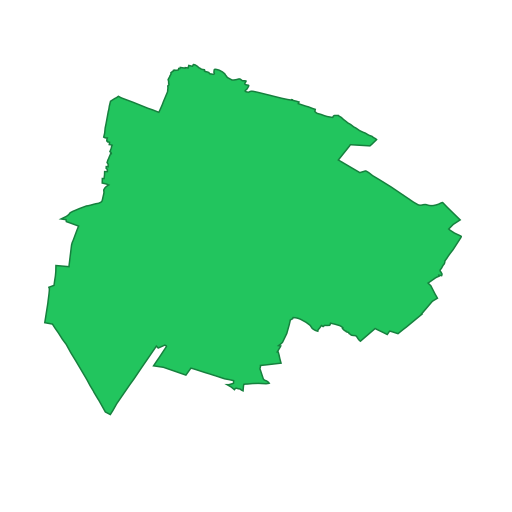 Chau Thanh, Sóc Trăng, Vietnam (Equal Earth projection), rotated 279°
{"feature_id": "81297802B53741861263416", "entity_name": "Chau Thanh", "entity_type": "district", "adm_level": 2, "iso_a3": "VNM", "parent_name": "Vietnam", "parent_adm1": "Sóc Trăng", "projection": "equal_earth", "projection_center": [105.914, 9.671], "detail": "fine", "context": "isolated", "style": "filled", "palette": "green", "viewbox_px": 512, "rotation_deg": 279, "n_neighbors": 0, "source": "geoboundaries", "source_scale": "gbopen_adm2", "svg_char_len": 6054}
<svg xmlns="http://www.w3.org/2000/svg" viewBox="0 0 512 512"><g transform="rotate(279 256 256)"><path d="M433.7,159.8L431.1,159.5L431.0,156.6L430.4,156.5L430.4,151.7L429.3,151.6L429.1,150.3L428.3,150.3L427.6,150.1L427.2,149.2L426.8,147.6L426.6,146.7L426.9,146.6L426.5,145.4L426.2,145.3L425.7,145.4L425.3,145.0L425.0,144.4L424.5,144.1L423.8,143.3L423.5,143.3L423.1,143.5L422.0,143.5L420.7,142.9L419.2,142.6L418.3,142.2L416.5,141.6L414.7,142.4L412.8,142.7L412.4,143.0L411.8,143.2L411.3,143.1L410.8,142.8L410.6,142.4L410.0,142.4L409.4,142.4L408.6,142.7L407.2,142.8L405.8,142.8L405.6,143.0L404.1,142.9L393.9,140.4L390.9,139.8L384.8,138.2L382.7,137.5L384.1,131.3L385.0,126.1L386.9,117.9L388.5,111.0L390.9,99.2L391.3,97.6L392.2,95.1L390.6,93.5L389.4,91.8L386.1,88.1L381.2,87.7L377.6,87.7L375.8,87.5L363.0,87.2L359.0,87.0L353.8,87.3L349.6,87.0L349.1,88.6L349.3,90.7L347.7,90.5L346.3,90.6L346.1,91.4L345.5,91.6L345.4,93.6L344.1,93.7L343.1,93.6L343.1,95.5L342.9,96.6L341.4,96.2L339.8,96.2L336.2,95.4L336.0,96.0L335.5,96.6L335.0,97.0L334.4,97.1L334.4,96.4L332.9,96.1L331.1,95.6L328.8,95.1L327.7,94.7L324.9,94.3L324.1,95.2L323.4,95.6L322.7,95.8L321.7,95.8L321.1,96.0L320.9,94.1L319.1,94.3L318.3,95.6L316.1,96.0L315.7,93.3L312.4,93.7L308.7,93.8L308.5,92.1L304.0,92.7L303.7,97.1L303.1,99.4L301.4,97.5L300.3,96.6L299.4,96.0L297.8,95.4L297.3,95.3L295.1,95.9L293.7,95.9L286.4,95.4L285.5,94.9L284.7,94.2L283.4,92.2L282.7,90.0L281.7,87.6L280.4,84.8L279.4,82.4L278.9,80.7L275.3,74.3L272.6,70.0L271.6,68.3L269.8,65.9L269.2,65.4L268.1,64.9L266.5,63.6L265.3,62.3L262.1,57.7L262.1,61.0L262.3,62.6L260.3,63.3L259.4,68.1L257.8,76.1L253.4,75.1L242.9,73.0L240.6,72.4L238.1,72.1L216.2,72.9L215.3,59.9L209.3,60.7L204.7,61.0L199.9,61.0L195.4,61.1L192.7,56.3L192.4,56.4L191.6,57.0L189.3,57.3L185.8,57.5L178.5,57.7L176.9,57.8L157.1,57.8L156.9,65.6L153.1,69.0L149.2,72.8L143.5,77.8L139.0,82.4L131.4,88.3L124.5,94.2L118.1,99.5L107.2,108.5L101.9,112.5L97.2,116.5L96.0,117.3L89.8,122.5L89.1,123.2L78.4,131.6L76.6,136.9L81.0,138.8L88.5,141.6L109.4,151.6L115.7,154.8L127.1,160.1L151.4,171.7L149.8,173.8L153.7,179.8L153.6,180.0L153.5,180.6L153.2,181.5L152.8,181.7L152.1,181.5L140.2,176.1L138.2,175.1L131.5,172.0L131.6,182.0L129.3,194.9L127.4,205.4L135.0,209.2L134.9,211.0L134.4,214.6L132.9,224.0L132.3,228.5L129.8,244.2L129.7,248.7L129.4,253.4L126.7,253.7L124.7,249.4L124.4,247.6L122.8,251.8L122.2,252.9L120.6,255.6L121.5,256.0L122.3,256.9L122.4,257.3L122.1,259.3L122.2,260.8L121.5,262.2L121.2,262.9L120.8,264.3L125.1,264.0L127.3,264.0L127.9,265.8L128.2,267.5L129.5,272.6L130.6,278.4L131.4,285.9L132.1,288.2L132.4,288.9L133.1,288.2L133.8,287.1L134.3,285.8L134.6,284.3L134.8,283.6L135.6,282.6L136.0,282.3L144.0,278.2L145.1,277.5L147.6,277.7L148.6,277.5L150.1,283.2L154.1,297.5L158.3,295.6L161.7,294.3L164.6,293.0L164.6,292.0L170.0,294.2L171.0,294.5L171.0,292.3L171.9,293.1L173.4,294.6L174.8,295.6L175.3,295.8L184.2,298.5L193.6,299.6L198.2,299.9L199.8,302.0L201.0,302.3L201.2,305.2L201.0,307.4L200.7,309.0L200.3,310.4L198.4,315.7L196.1,320.1L195.4,320.9L193.4,322.7L192.9,323.5L192.0,325.6L191.6,327.1L191.4,328.8L192.6,328.8L195.2,330.3L197.6,331.5L196.8,333.3L198.2,334.6L198.5,337.0L199.0,339.4L199.1,339.6L199.7,339.9L201.3,340.1L201.0,344.6L200.4,349.1L200.3,349.7L199.8,351.1L198.7,353.0L198.0,352.7L197.1,353.8L196.6,354.5L196.0,355.7L195.9,356.6L195.5,356.7L195.3,357.1L195.1,357.9L195.1,358.8L194.9,359.4L194.5,359.8L194.0,360.0L193.8,360.7L192.9,362.2L192.7,363.0L192.7,364.7L192.9,366.5L192.7,367.1L192.6,367.4L192.3,367.9L190.1,369.9L189.0,371.1L188.6,371.7L188.2,372.5L188.7,372.9L192.5,376.1L203.0,385.0L202.6,386.1L200.3,393.8L199.0,397.9L202.7,399.7L202.7,400.3L202.5,402.1L201.5,408.4L206.4,412.8L209.2,415.5L224.5,429.0L224.7,428.6L238.6,437.1L239.7,438.2L242.7,441.8L246.7,438.6L254.0,433.3L255.3,431.4L256.2,430.2L262.2,436.4L263.2,437.6L264.7,440.0L265.6,439.6L265.6,442.4L266.5,442.6L267.4,442.5L269.1,441.2L269.9,440.3L270.7,440.0L271.1,440.1L272.9,441.1L276.0,442.2L277.7,443.2L278.9,443.4L280.4,443.4L280.8,443.4L283.7,444.9L285.6,445.7L289.0,447.4L293.0,449.6L303.4,454.2L306.1,455.4L307.2,455.7L307.5,455.6L307.7,455.3L309.7,448.4L311.9,443.5L312.8,442.1L318.1,445.9L323.6,452.0L334.1,437.2L337.8,432.3L337.9,432.0L338.0,431.7L337.8,431.4L337.3,430.4L335.8,428.3L334.6,425.9L333.7,423.6L333.4,422.6L333.1,420.8L333.0,418.9L333.4,415.6L333.0,413.6L332.2,411.7L331.9,410.6L331.8,409.7L331.9,408.2L333.8,403.2L345.3,378.7L350.8,365.6L353.6,358.6L356.0,354.3L357.1,351.5L357.1,350.7L354.6,345.5L363.7,322.3L379.2,331.1L380.7,331.8L382.6,351.3L384.6,353.0L386.5,354.4L389.8,356.9L390.5,355.9L391.4,353.4L392.3,351.9L393.0,348.4L394.5,344.7L395.0,342.3L396.1,338.6L398.0,334.7L398.8,332.3L400.7,328.9L401.8,325.9L403.1,323.7L404.5,321.1L406.2,318.6L407.1,316.2L407.5,315.7L407.7,315.3L407.1,311.7L406.9,311.2L406.3,310.6L405.4,310.2L405.0,310.2L404.9,310.0L404.8,309.8L404.9,304.3L405.3,301.5L406.0,298.1L406.4,294.5L406.6,293.6L407.9,291.5L410.1,291.6L410.5,289.1L411.5,284.5L411.8,281.7L413.1,273.9L414.8,274.4L415.2,271.5L415.5,267.5L416.0,267.5L416.0,266.7L415.5,266.7L415.5,262.8L415.8,256.9L417.9,232.7L418.2,227.7L418.1,225.9L417.9,225.2L417.5,224.3L416.5,222.9L416.6,221.1L416.7,220.3L417.0,219.7L417.4,219.4L417.8,219.5L419.0,220.6L419.8,221.1L422.4,222.1L423.3,222.1L423.5,221.6L423.5,219.8L423.7,218.8L423.9,218.4L424.3,218.0L424.7,217.9L425.5,218.2L426.7,218.8L427.0,218.8L427.3,218.7L427.3,218.3L427.3,217.4L427.0,215.5L427.1,214.8L428.2,212.9L428.3,212.2L428.2,211.4L427.1,208.9L426.4,206.7L426.2,205.7L426.1,204.7L427.9,199.6L428.6,199.1L429.9,197.6L431.1,196.6L432.6,194.0L433.8,190.5L434.0,188.8L434.1,187.2L434.0,186.2L433.6,185.7L432.9,185.6L430.8,185.7L430.2,186.2L429.5,186.3L429.2,186.1L428.8,185.5L428.8,184.8L428.7,184.3L428.8,183.3L428.7,182.2L428.9,181.7L429.9,180.6L430.2,178.7L430.2,177.1L430.6,176.2L431.4,176.3L431.9,175.9L431.9,173.2L432.2,172.3L432.6,171.6L432.9,170.4L434.3,168.2L435.2,166.1L435.4,164.4L435.2,164.1L434.8,164.0L434.3,163.9L433.5,163.6L433.5,162.2L433.7,159.8Z" fill="#22c55e" stroke="#15803d" stroke-width="1.5"/></g></svg>